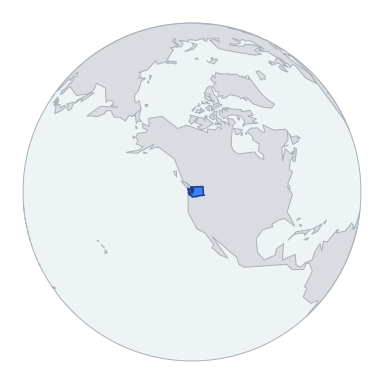 Washington highlighted on a globe, orthographic projection
{"feature_id": "USA-3519", "entity_name": "Washington", "entity_type": "State", "adm_level": 1, "iso_a3": "USA", "parent_name": "United States of America", "parent_adm1": "", "projection": "orthographic", "projection_center": [-122.689, 47.279], "detail": "fine", "context": "on_globe", "style": "filled", "palette": "blue", "viewbox_px": 384, "rotation_deg": 0, "n_neighbors": 0, "source": "natural_earth", "source_scale": "10m", "svg_char_len": 13791}
<svg xmlns="http://www.w3.org/2000/svg" viewBox="0 0 384 384"><circle cx="192" cy="192" r="169" fill="#eef3f6" stroke="#a8b0b8"/><path d="M55.4,288.1L55.8,289.0L55.7,288.9L55.4,288.1ZM306.7,316.1L318.2,301.8L317.7,300.4L310.9,303.4L303.2,296.8L306.9,288.1L304.5,286.7L312.4,271.0L309.2,263.0L306.1,263.7L303.7,269.4L292.2,269.8L286.8,264.3L244.7,267.3L239.0,264.4L236.7,257.3L211.8,236.1L227.6,257.9L220.0,254.9L211.9,247.6L214.0,245.0L205.3,233.1L197.0,229.0L188.2,212.5L188.1,189.3L192.2,192.5L191.7,186.9L186.5,182.6L183.2,181.3L174.4,158.9L158.0,146.8L150.0,149.2L154.0,144.2L136.8,153.3L126.1,152.4L140.0,149.8L142.8,146.7L136.4,144.0L137.9,140.4L135.6,137.2L138.0,133.2L145.9,132.4L147.6,129.9L143.0,128.2L142.4,123.4L149.0,126.3L148.7,118.3L161.9,116.3L177.5,128.5L186.6,125.2L207.5,132.5L207.4,129.0L215.3,130.0L218.1,126.4L221.2,129.1L220.8,123.9L217.4,122.1L216.1,119.4L217.5,117.2L221.6,120.1L221.6,121.7L223.5,121.4L225.0,123.9L225.0,121.5L229.9,125.6L227.1,118.4L232.7,119.1L235.4,122.7L232.4,126.3L231.1,144.9L232.9,150.3L238.4,154.0L254.6,151.9L257.7,156.5L263.9,159.7L263.5,155.2L258.5,151.1L259.2,143.8L253.0,140.1L252.4,136.7L247.1,131.6L250.9,128.2L257.4,127.8L261.9,132.0L264.9,132.0L263.0,124.9L273.8,130.1L285.0,129.2L287.4,131.2L288.0,140.3L281.9,148.0L282.6,161.2L285.2,148.6L291.3,154.4L293.6,153.9L295.0,151.4L293.9,147.7L296.6,149.0L295.1,161.6L292.6,160.6L293.1,156.5L290.3,160.3L289.3,169.4L292.5,172.0L287.6,184.2L289.8,186.3L290.0,190.4L286.8,186.1L292.5,194.3L287.2,211.7L294.9,226.2L284.1,218.4L278.3,220.3L271.8,224.3L273.0,226.8L262.8,229.6L256.2,238.9L257.5,252.4L264.1,259.9L275.0,255.3L276.5,248.8L283.6,243.7L282.3,259.9L295.2,254.5L296.1,264.7L300.3,267.3L305.9,262.2L311.9,260.3L314.8,251.8L320.1,243.7L321.7,251.1L323.5,241.3L327.2,241.9L336.9,230.2L336.6,232.8L345.0,231.2L351.7,223.1L353.3,225.4L352.7,229.9L354.5,226.5L354.5,228.5L359.4,213.5L359.9,210.7L358.2,222.6L355.6,234.4L352.1,246.0L347.9,257.2L342.8,268.2L337.0,278.7L330.4,288.9L323.2,298.5L315.3,307.6L306.7,316.1ZM104.9,253.3L105.3,249.8L107.3,252.8L104.9,253.3ZM104.0,247.0L104.2,248.4L103.7,247.2L104.0,247.0ZM102.6,245.8L103.6,246.7L102.4,246.0L102.6,245.8ZM100.7,244.6L101.8,245.1L101.6,245.2L100.7,244.6ZM296.1,231.8L310.7,229.4L304.2,235.7L305.1,233.4L301.1,232.9L294.1,234.5L287.9,240.4L296.1,231.8ZM98.1,241.5L97.5,240.7L98.6,240.8L98.1,241.5ZM298.6,219.4L296.2,220.4L298.3,218.8L298.6,219.4ZM181.4,181.3L186.2,183.0L190.4,188.4L186.2,187.3L181.4,181.3ZM173.8,171.4L176.4,171.0L176.7,176.7L175.1,175.2L173.8,171.4ZM143.9,152.0L147.5,153.2L143.5,153.3L143.9,152.0ZM134.9,137.4L133.4,138.3L132.9,136.3L134.9,137.4ZM245.4,133.8L246.2,132.7L246.8,134.2L245.4,133.8ZM242.3,132.7L242.3,135.3L240.9,135.2L240.9,133.6L242.3,132.7ZM136.0,128.5L135.6,125.1L137.4,128.3L136.0,128.5ZM242.6,129.7L238.3,134.6L235.7,134.4L233.6,128.3L242.6,129.7ZM136.3,123.1L135.3,115.3L131.9,116.5L141.0,109.1L138.8,117.9L141.5,121.6L138.3,121.0L136.3,123.1ZM215.8,122.6L219.4,124.3L215.1,124.9L215.8,122.6ZM213.3,123.7L202.1,130.1L197.4,126.7L202.1,125.1L195.1,122.5L198.3,117.5L202.9,117.9L205.3,121.0L204.8,116.8L213.3,123.7ZM146.1,106.4L147.1,104.5L147.6,106.4L146.1,106.4ZM215.3,118.3L213.4,119.8L209.2,116.9L212.2,113.3L212.6,115.4L215.3,118.3ZM191.6,124.3L189.0,121.6L191.0,116.9L190.2,115.2L198.0,117.1L191.6,124.3ZM214.2,115.0L213.8,111.7L217.0,111.1L216.8,116.7L214.2,115.0ZM206.9,117.6L205.1,116.1L207.0,115.8L206.9,117.6ZM228.2,107.7L226.0,109.4L223.7,107.9L228.2,107.7ZM213.4,110.5L212.3,110.7L211.2,110.4L211.6,108.2L213.4,110.5ZM198.8,113.8L200.2,112.4L195.7,112.7L197.0,109.3L202.0,111.3L200.4,109.0L200.8,108.0L204.4,110.8L198.8,113.8ZM208.4,105.0L215.2,106.7L219.7,103.8L221.9,105.0L214.3,109.4L208.4,105.0ZM205.7,108.1L207.9,106.4L209.6,108.6L209.1,111.1L205.7,108.1ZM196.1,106.4L192.9,111.1L191.9,110.5L196.1,106.4ZM209.4,103.7L207.7,103.4L209.5,103.3L209.4,103.7ZM199.8,105.1L198.8,106.7L197.7,106.0L199.8,105.1ZM205.3,101.4L207.5,101.9L207.2,103.5L205.3,101.4ZM202.5,102.7L201.3,101.4L205.8,103.9L202.2,103.6L202.5,102.7ZM198.9,104.1L198.0,104.3L199.5,103.5L198.9,104.1ZM204.9,95.0L210.8,97.7L210.2,101.3L204.7,98.1L204.9,95.0ZM349.9,131.8L349.8,131.7L345.9,122.8L342.9,118.1L314.4,79.7L311.0,74.4L291.5,56.2L289.5,54.5L294.7,57.9L292.2,56.0L301.7,63.5L310.6,71.6L318.9,80.4L326.5,89.8L333.5,99.6L339.7,110.0L345.2,120.7L349.9,131.8ZM259.3,37.0L259.5,37.1L242.7,30.9L227.2,26.7L243.5,31.1L259.3,37.0ZM226.3,26.6L226.0,26.5L233.9,28.8L227.8,27.8L236.4,29.8L234.7,29.0L240.0,30.4L241.9,31.3L239.7,30.8L243.9,32.4L253.5,35.0L252.8,34.5L265.4,40.0L265.4,39.8L269.9,42.1L271.2,43.2L269.2,42.5L274.2,47.8L277.4,48.9L273.0,44.2L275.4,45.7L279.7,47.9L278.4,47.5L282.4,53.0L292.1,60.7L308.7,72.9L313.5,78.6L315.7,83.2L305.4,77.9L295.8,66.0L292.1,64.5L290.4,67.3L287.6,63.6L285.8,63.5L281.8,59.5L272.6,55.1L268.0,51.6L261.0,51.3L257.7,49.7L262.8,50.2L263.9,48.9L252.0,41.6L248.8,40.6L245.1,41.1L242.3,39.3L240.4,40.8L231.9,38.0L240.6,42.9L236.6,44.3L229.6,43.7L229.8,45.1L241.2,46.2L244.3,45.9L244.5,44.2L254.4,45.0L259.2,47.3L254.7,50.2L261.1,54.0L254.8,55.2L228.0,50.7L218.5,48.5L210.1,40.4L214.3,39.5L219.4,41.8L217.8,37.8L216.4,39.0L214.1,37.7L209.7,39.1L207.8,38.2L206.8,41.3L204.0,40.4L204.7,38.5L195.8,40.4L189.1,39.6L188.0,40.5L188.7,41.7L179.8,40.2L179.3,41.0L182.1,41.7L183.0,43.8L181.2,47.0L178.2,46.3L178.5,45.0L174.5,41.6L175.6,38.6L174.2,38.7L172.5,41.2L177.4,45.3L177.1,47.5L174.2,45.6L175.2,46.5L174.2,47.4L170.3,47.7L173.3,49.9L165.7,62.0L157.4,64.2L155.7,60.9L147.2,69.9L138.6,72.5L141.1,73.0L138.8,78.2L141.5,77.4L142.5,78.1L137.8,91.9L134.3,95.0L135.2,102.3L136.5,102.7L139.1,100.8L141.0,109.1L131.9,116.5L129.3,115.1L125.3,121.0L120.1,117.3L114.0,117.2L110.6,110.3L106.0,111.1L105.0,113.4L98.0,116.5L87.1,115.8L100.4,106.3L117.6,107.2L111.0,105.7L113.8,103.2L112.3,101.0L107.5,100.5L106.1,102.2L105.4,88.0L96.6,83.3L94.0,89.7L89.1,93.5L76.8,95.6L69.8,86.4L63.2,92.9L60.7,94.4L61.7,90.8L65.4,88.5L69.3,83.7L71.2,83.2L74.1,77.3L77.0,76.3L77.8,72.5L74.0,75.4L70.4,80.7L69.8,78.4L62.1,86.5L57.8,90.5L58.4,88.6L66.5,78.9L75.2,69.9L84.6,61.5L94.6,53.9L105.2,47.1L116.2,41.0L127.6,35.8L139.4,31.4L151.5,28.0L163.8,25.4L176.3,23.8L188.8,23.1L201.4,23.3L213.9,24.5L226.3,26.6ZM327.2,92.5L328.7,94.0L327.2,92.5ZM204.1,23.5L206.7,23.8L200.9,23.4L200.6,23.7L204.3,24.0L214.2,24.6L210.8,24.1L204.1,23.5ZM337.2,229.7L338.5,229.7L337.1,231.7L337.2,229.7ZM304.3,239.7L306.9,237.9L308.6,238.1L306.8,240.1L304.3,239.7ZM324.2,222.1L326.7,220.2L324.5,223.6L324.2,222.1ZM312.8,228.8L322.1,223.9L317.7,231.3L311.6,234.4L315.3,230.3L312.8,228.8ZM299.3,225.1L301.1,224.5L301.2,226.4L299.3,225.1ZM300.1,218.2L299.5,218.9L298.2,218.2L300.1,218.2ZM291.4,153.7L291.6,152.7L293.5,150.8L293.5,153.0L291.4,153.7ZM296.4,135.7L300.7,138.3L297.7,137.8L298.5,141.1L293.2,144.4L288.4,132.5L291.5,137.1L296.4,135.7ZM284.7,146.0L288.6,144.9L284.5,146.5L284.7,146.0ZM279.5,67.8L279.3,65.9L282.6,66.9L288.3,72.3L283.7,70.8L279.5,67.8ZM278.3,63.1L272.2,65.1L268.4,62.1L271.6,63.4L269.6,61.2L274.2,62.7L276.4,58.3L279.5,59.0L288.5,68.0L283.9,64.5L284.4,66.5L278.3,63.1ZM263.7,78.5L261.0,80.1L256.1,71.4L259.2,70.9L265.1,76.0L265.1,79.6L263.7,78.5ZM239.8,118.3L239.1,120.1L237.9,119.2L237.6,116.9L239.8,118.3ZM227.3,108.6L241.6,109.7L241.5,111.7L250.0,110.4L253.1,115.3L247.5,116.0L256.2,119.0L252.4,121.5L258.3,123.1L245.6,124.0L242.5,126.7L244.8,121.7L242.0,117.1L239.9,115.9L231.6,114.6L223.7,118.5L219.7,114.8L219.0,111.1L220.3,109.6L222.5,112.4L222.6,108.4L226.8,111.4L227.3,108.6ZM212.9,75.1L214.9,78.2L216.0,72.1L220.1,74.4L220.0,73.6L224.1,74.1L228.9,73.5L230.4,75.0L231.6,74.1L234.3,74.6L236.5,73.9L239.9,76.6L242.8,76.0L242.8,77.6L246.9,76.0L245.4,78.4L248.8,79.5L248.5,76.6L261.6,94.1L268.3,100.2L274.8,104.1L271.3,108.1L263.0,107.2L253.0,103.8L247.1,97.6L246.6,100.8L243.6,98.8L245.2,97.1L240.9,98.6L238.9,96.6L230.0,94.6L225.0,98.2L221.6,97.8L222.6,95.3L218.6,96.6L218.1,91.8L215.7,91.4L212.8,86.4L216.0,82.3L213.0,82.2L210.7,78.7L212.9,75.1ZM204.3,93.5L207.2,87.6L210.9,86.1L214.4,95.4L216.7,96.4L219.1,102.7L213.6,104.9L213.5,102.8L212.0,101.4L214.3,101.3L211.4,100.3L211.1,97.5L208.7,96.1L210.3,94.5L204.3,93.5ZM285.6,51.9L283.7,50.5L280.4,48.4L283.1,49.8L285.6,51.9ZM288.5,55.6L286.6,54.1L288.8,54.8L290.7,56.3L288.5,55.6ZM283.7,53.0L286.3,54.0L286.0,54.4L283.7,53.0ZM260.8,49.1L258.5,47.9L259.0,47.5L261.1,47.9L260.8,49.1ZM216.9,58.8L217.4,60.5L216.3,60.6L214.1,64.0L210.9,62.7L210.9,60.2L216.9,58.8ZM213.0,58.0L212.5,59.5L211.1,57.9L213.0,58.0ZM208.4,62.0L206.5,60.5L210.2,63.0L208.4,62.0ZM52.8,96.2L54.3,94.2L54.5,94.1L52.2,97.2L52.0,97.4L52.8,96.2ZM184.4,51.7L191.1,48.1L193.7,45.2L191.8,42.8L197.3,44.8L193.3,49.3L184.4,51.7ZM168.3,60.6L170.0,63.1L167.4,63.4L166.6,62.8L168.3,60.6ZM170.6,61.2L176.2,61.7L176.0,64.0L171.6,63.1L170.6,61.2ZM194.8,58.9L197.0,57.9L198.0,59.1L194.8,58.9ZM52.9,286.1L54.7,288.9L53.1,286.8L52.9,286.1ZM55.7,288.9L53.7,286.6L55.4,288.1L55.7,288.9ZM39.2,264.0L40.3,266.2L40.0,265.8L39.2,264.0ZM38.6,262.8L38.4,262.2L39.1,263.9L38.6,262.8ZM31.2,243.8L31.4,244.1L31.8,245.3L31.2,243.8ZM30.2,240.3L29.3,237.3L29.1,236.7L30.2,240.3ZM29.7,238.3L29.3,236.8L30.6,241.5L29.7,238.3ZM27.5,230.2L28.9,235.8L27.5,230.1L27.5,230.2ZM27.1,228.5L26.4,225.2L27.1,228.5ZM25.0,217.8L26.1,223.7L26.1,224.0L25.7,221.9L25.0,217.8ZM24.0,210.4L24.2,211.5L24.2,211.4L24.0,210.4ZM23.5,204.7L23.9,209.1L24.4,213.6L24.4,213.4L23.5,204.7ZM54.2,104.3L56.4,102.3L55.6,105.1L54.3,105.7L54.2,104.3ZM54.9,113.6L56.1,105.3L57.4,99.1L55.6,101.9L53.3,102.5L57.6,97.2L58.8,99.9L57.3,105.0L59.9,104.4L60.5,107.7L64.7,105.3L65.9,106.6L61.6,110.5L54.9,113.6ZM66.6,104.1L74.2,102.1L71.3,108.7L69.0,110.7L66.8,108.7L68.4,105.2L66.6,104.1ZM75.2,103.6L76.9,100.4L91.5,92.8L93.9,93.0L81.2,101.7L82.1,99.3L79.0,100.1L75.2,103.6ZM145.3,104.5L146.9,104.5L145.3,105.7L145.3,104.5ZM144.1,77.6L145.2,78.7L143.3,79.9L144.1,77.6ZM147.4,82.7L148.8,80.5L148.6,83.1L147.4,82.7ZM151.6,75.7L149.9,79.8L149.7,75.5L151.6,75.7Z" fill="#d9dde1" stroke="#a8b0b8" stroke-width="1"/><path d="M191.9,186.9L202.9,186.6L203.5,194.2L203.7,194.6L203.8,194.9L203.7,195.0L203.9,195.3L199.5,195.6L199.4,195.8L198.4,195.9L198.2,196.0L197.7,196.2L197.3,196.3L197.1,196.5L196.9,196.5L196.6,196.6L196.2,196.5L195.7,196.8L195.4,196.8L195.2,196.9L195.1,196.7L194.9,196.6L194.3,196.6L194.0,196.6L193.8,196.6L193.5,196.8L192.9,197.0L192.5,197.0L192.3,196.9L192.0,196.9L191.9,196.8L191.9,196.7L191.9,196.4L191.8,196.1L191.8,195.8L191.7,195.7L191.4,195.4L191.1,195.2L190.8,195.3L190.6,195.2L190.4,195.0L190.1,195.0L190.0,194.9L189.8,195.0L189.7,194.9L189.6,195.0L189.4,194.8L189.2,194.9L189.2,195.0L189.2,194.5L189.2,193.9L189.3,193.9L189.3,194.1L189.3,194.6L189.5,194.5L189.5,194.4L189.6,194.2L189.4,193.9L189.6,194.0L189.5,193.8L189.5,193.7L189.7,193.8L189.8,193.8L189.8,193.7L189.6,193.5L189.4,193.6L189.2,193.6L189.1,193.1L189.2,193.3L189.3,193.3L189.3,193.2L189.2,193.2L189.3,193.1L189.7,192.9L189.3,192.8L189.3,192.7L189.1,192.7L189.1,192.9L189.1,193.0L189.0,192.7L189.0,192.2L188.9,191.9L188.7,191.7L188.7,191.2L188.6,190.6L188.4,190.4L188.3,190.2L188.2,190.2L188.1,189.9L188.1,189.5L188.0,189.3L188.1,189.2L188.1,188.9L188.0,188.7L188.3,188.7L188.6,189.0L188.8,189.1L189.0,189.1L189.3,189.3L189.5,189.4L189.8,189.4L190.0,189.4L190.2,189.5L190.3,189.4L190.4,189.5L190.6,189.5L190.9,189.5L191.1,189.4L191.3,189.5L191.4,189.8L191.4,189.6L191.5,189.6L191.7,189.8L191.6,189.6L191.8,189.5L192.1,190.2L192.0,190.3L191.9,190.5L191.8,190.8L191.7,190.8L191.8,190.5L191.8,190.3L191.7,190.5L191.7,190.4L191.6,190.5L191.6,190.9L191.3,191.2L191.3,191.4L191.1,191.5L191.1,191.8L191.6,191.7L191.3,191.7L191.2,191.7L191.3,191.3L191.5,191.1L191.9,190.9L191.9,190.6L192.1,190.3L192.1,190.0L192.3,190.2L192.4,190.5L192.2,190.7L192.2,190.8L192.1,190.7L192.1,190.8L192.2,191.1L192.0,190.9L192.0,191.0L192.0,191.3L192.3,191.1L192.3,191.3L192.3,191.7L192.2,191.8L192.3,191.9L192.2,192.0L192.0,191.9L192.1,191.7L191.9,191.8L191.9,192.0L191.9,192.3L191.7,192.1L191.8,192.0L191.8,191.9L191.8,191.7L191.7,191.9L191.5,192.0L191.4,192.3L191.2,192.4L191.3,192.4L191.2,192.5L191.5,192.3L191.4,192.5L191.5,192.4L191.5,192.6L191.6,192.4L191.9,192.6L192.1,192.4L192.2,192.2L192.3,192.0L192.3,191.9L192.5,192.0L192.5,191.9L192.7,191.7L192.6,191.4L192.6,191.1L192.5,190.9L192.6,190.7L192.6,190.3L192.7,190.2L192.9,189.9L193.0,189.8L192.9,189.8L192.7,189.6L192.6,189.2L192.5,189.3L192.4,189.4L192.5,189.5L192.4,189.4L192.3,189.1L192.5,189.1L192.4,188.8L192.2,188.7L192.3,188.6L192.2,188.6L192.0,188.4L192.2,188.5L192.2,188.4L192.3,188.5L192.4,188.3L192.2,188.1L192.3,188.2L192.5,188.2L192.4,188.0L192.4,187.9L192.4,187.7L192.2,187.6L192.0,187.4L191.8,187.3L191.8,187.2L191.9,186.9ZM192.6,189.8L192.7,190.0L192.4,189.9L192.3,190.0L192.2,189.9L192.2,189.7L192.2,189.4L191.9,189.3L191.9,189.1L192.1,188.7L192.2,188.8L192.3,188.9L192.3,189.0L192.2,189.0L191.9,189.2L192.0,189.2L192.2,189.3L192.3,189.9L192.3,189.7L192.6,189.8ZM191.4,188.4L191.5,188.5L191.3,188.5L191.1,188.4L191.0,188.1L191.4,188.3L191.4,188.4ZM191.9,187.9L191.7,188.1L191.6,187.8L191.7,188.1L191.4,188.0L191.6,187.8L191.9,187.9ZM192.5,191.6L192.4,191.8L192.5,191.7L192.4,191.7L192.4,191.8L192.4,191.5L192.4,191.4L192.5,191.3L192.5,191.6ZM191.7,188.3L191.7,188.5L191.8,188.5L191.7,188.6L191.5,188.4L191.6,188.2L191.7,188.3ZM192.4,191.0L192.2,191.0L192.2,190.9L192.3,190.7L192.4,190.8L192.4,191.0ZM191.6,192.0L191.7,192.3L191.5,192.1L191.7,191.9L191.6,192.0ZM191.9,189.6L192.0,189.6L192.0,189.9L191.9,189.7L192.0,189.7L191.9,189.6ZM192.0,192.3L192.0,192.5L191.9,192.4L192.0,192.3ZM192.1,187.9L192.1,188.0L192.1,187.9L191.9,187.8L191.9,187.7L192.1,187.9ZM191.9,188.1L192.0,188.2L192.0,188.3L191.9,188.1L191.9,188.1ZM189.4,194.3L189.4,194.5L189.3,194.4L189.4,194.3ZM190.5,195.2L190.7,195.3L190.5,195.2L190.5,195.2ZM191.2,186.9L191.3,186.9L191.2,187.0L191.2,186.9Z" fill="#3b82f6" stroke="#1e3a8a" stroke-width="1.5"/></svg>